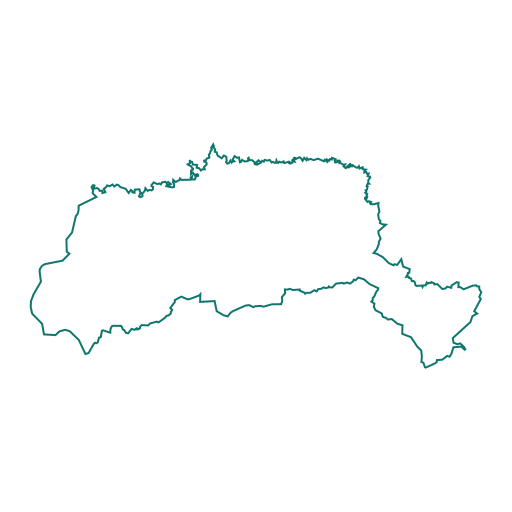 outline of Amatepec, México, Mexico
{"feature_id": "50627088B36685248092481", "entity_name": "Amatepec", "entity_type": "district", "adm_level": 2, "iso_a3": "MEX", "parent_name": "Mexico", "parent_adm1": "México", "projection": "orthographic", "projection_center": [-100.221, 18.699], "detail": "fine", "context": "isolated", "style": "outline", "palette": "teal", "viewbox_px": 512, "rotation_deg": 0, "n_neighbors": 0, "source": "geoboundaries", "source_scale": "gbopen_adm2", "svg_char_len": 6085}
<svg xmlns="http://www.w3.org/2000/svg" viewBox="0 0 512 512"><path d="M357.6,167.7L355.8,167.4L352.8,165.2L352.1,166.2L350.2,163.9L347.8,165.9L350.2,165.9L350.3,166.5L348.7,167.4L347.9,166.8L345.8,168.2L343.6,166.4L345.1,164.4L343.1,164.6L340.0,162.7L339.3,163.0L339.1,161.9L340.0,161.2L339.4,160.6L337.4,160.6L337.1,162.1L335.3,162.5L334.9,162.1L335.6,161.2L334.7,160.3L335.5,159.2L332.0,157.8L331.8,159.5L330.0,159.0L329.4,160.6L326.7,159.4L326.5,160.6L328.0,161.0L327.4,162.0L324.7,159.8L324.0,161.3L318.0,158.7L313.6,160.1L310.5,158.9L308.2,159.8L307.1,158.3L306.4,160.1L304.2,157.8L302.6,160.8L301.0,158.2L299.5,157.3L295.0,159.4L295.1,157.9L294.3,157.7L293.1,159.4L294.4,161.5L292.3,160.8L292.5,162.5L290.4,163.6L289.2,163.1L289.7,162.1L289.1,161.6L284.7,163.0L283.9,162.8L283.6,161.4L281.3,162.5L279.2,161.7L278.3,163.0L277.2,162.4L276.4,160.5L275.9,162.8L274.4,162.8L273.1,161.8L271.6,162.5L269.8,159.9L267.6,160.6L264.6,159.9L263.8,161.7L262.1,160.8L260.9,162.6L258.5,160.3L255.7,162.8L255.9,163.5L258.9,163.7L257.2,164.7L254.7,164.1L254.4,162.1L252.1,160.2L249.4,160.1L248.6,157.8L248.0,158.3L248.4,160.6L247.8,161.1L244.7,161.5L242.1,159.9L240.9,162.0L239.9,162.3L239.0,157.4L237.0,157.8L234.6,156.1L232.6,159.6L234.3,161.3L232.6,161.5L231.6,162.6L230.4,160.5L228.8,163.3L227.2,163.6L226.1,162.1L226.7,161.0L226.3,156.8L223.9,155.5L221.7,158.3L217.6,155.6L216.6,152.3L214.7,151.7L215.2,149.4L213.5,147.5L213.9,146.3L213.2,144.4L211.1,147.9L211.9,149.7L210.5,151.0L210.0,153.4L208.9,154.6L209.3,157.7L206.7,158.6L205.8,160.4L204.1,160.6L204.3,161.7L205.5,161.6L206.7,163.3L206.5,164.6L203.9,167.2L204.7,169.3L202.3,169.3L200.9,170.5L199.1,168.2L196.6,167.7L197.1,165.0L192.8,164.5L192.1,161.9L190.4,161.4L189.6,160.0L190.1,163.0L188.2,164.4L186.7,164.0L191.4,166.4L191.9,167.9L193.0,168.5L193.0,169.6L191.0,170.6L191.0,174.1L192.8,172.5L195.0,175.5L195.2,174.7L197.4,174.2L198.1,174.7L198.0,176.0L195.4,176.4L195.5,178.4L194.6,179.5L191.6,179.4L192.0,176.4L190.6,177.5L191.2,179.1L190.7,179.7L181.5,179.9L180.0,178.5L179.4,180.1L175.7,182.0L173.2,179.9L173.0,182.2L174.2,184.0L174.0,187.0L172.2,187.4L166.3,186.2L166.9,184.6L169.8,184.8L170.9,184.1L168.2,182.0L166.6,182.9L165.2,181.8L162.0,182.4L160.9,184.4L159.4,183.5L157.3,184.1L153.7,182.4L151.5,185.1L151.6,186.3L153.1,187.0L152.8,189.5L151.6,190.4L149.6,189.9L147.7,190.9L145.4,188.2L144.8,190.8L142.3,193.7L142.5,196.1L140.5,197.2L139.0,196.4L140.1,193.7L141.5,193.2L140.1,191.9L139.4,189.3L134.8,189.6L134.5,192.8L132.4,192.3L132.3,191.0L130.9,189.9L128.7,193.0L125.7,188.8L120.4,187.1L118.4,185.1L116.8,184.6L114.2,186.5L112.5,184.5L109.7,186.2L107.1,185.4L106.2,187.1L103.9,188.7L105.3,192.2L102.4,193.0L102.3,190.6L99.7,190.9L98.6,189.0L96.9,188.0L93.5,188.9L94.5,185.5L93.1,185.1L91.6,187.1L93.1,190.6L92.6,193.1L96.4,197.0L78.7,205.7L78.5,210.6L77.7,213.7L75.8,216.3L72.0,232.6L66.4,239.5L66.8,251.7L69.4,253.7L62.5,260.7L45.0,264.1L42.1,265.8L40.0,268.8L39.6,271.2L40.9,281.7L33.7,294.0L31.0,301.1L30.7,307.1L32.2,313.7L42.1,323.8L44.0,334.4L55.5,335.1L59.5,331.3L65.3,329.8L69.8,331.3L78.8,339.9L85.4,354.0L88.6,353.0L93.8,343.8L95.0,342.7L96.1,343.3L97.7,342.5L99.0,337.7L100.8,337.1L101.9,330.8L103.0,330.3L110.3,332.7L110.4,329.4L111.7,326.4L113.1,325.8L121.2,325.9L123.1,329.7L124.2,330.1L126.0,332.9L128.2,333.3L131.6,328.9L134.5,329.8L136.7,328.2L137.4,328.7L137.0,329.3L138.4,329.3L140.0,328.2L139.8,327.2L141.6,325.1L148.3,325.4L150.0,323.5L156.8,321.6L158.5,322.4L165.1,317.7L166.5,315.8L168.3,315.5L170.8,313.6L170.9,311.9L172.2,309.9L170.3,307.9L174.8,302.1L174.8,300.1L181.3,296.6L187.5,299.3L189.6,299.1L199.4,295.4L200.3,294.3L200.1,301.9L214.6,301.1L216.7,311.2L223.5,315.2L227.7,316.4L230.6,312.7L233.0,311.1L245.5,305.6L249.1,305.1L253.5,307.2L254.9,306.3L260.7,305.9L263.4,306.7L272.0,304.3L281.1,304.2L282.2,301.1L281.9,297.1L285.1,293.3L284.9,289.4L287.9,289.6L289.5,288.8L293.0,290.0L299.7,289.5L299.6,290.6L304.3,292.6L305.1,293.7L306.4,292.8L310.2,292.8L314.4,290.2L316.7,291.4L318.2,289.1L321.0,288.9L323.4,287.4L325.5,288.1L328.3,287.5L328.8,286.5L330.1,287.4L332.4,287.4L336.0,283.6L342.7,282.9L343.8,283.6L347.1,282.5L350.0,283.6L353.3,281.2L353.7,279.7L355.6,280.2L358.2,277.6L364.0,279.3L369.6,284.1L378.2,288.2L378.2,289.4L376.2,292.0L374.1,296.8L372.8,297.8L372.7,300.1L371.4,301.7L374.4,303.5L373.8,306.8L375.6,310.3L381.7,313.4L382.8,316.9L385.8,317.8L387.8,319.5L391.8,319.1L397.3,323.7L402.5,325.3L402.2,333.8L411.0,337.2L417.2,346.5L421.2,350.6L421.9,356.6L421.4,362.0L423.4,362.7L424.9,367.2L425.6,367.6L434.4,363.7L436.7,362.2L436.9,360.1L442.3,359.7L447.2,355.9L449.7,356.7L451.5,353.5L453.4,347.3L461.4,346.6L464.6,349.7L465.3,349.3L464.0,347.0L460.2,343.4L457.5,344.2L453.6,342.8L452.8,338.1L470.4,322.1L472.4,316.2L477.2,313.6L474.2,311.2L480.8,299.1L479.3,296.9L481.3,292.2L479.3,289.2L479.2,286.5L477.0,286.3L476.1,285.3L472.6,285.7L463.6,289.3L460.3,287.2L458.4,287.1L458.7,282.6L456.7,282.2L451.6,285.4L451.3,287.8L447.1,286.7L445.6,288.4L442.3,289.0L437.3,284.1L434.4,284.4L434.2,283.4L431.4,282.1L430.7,283.0L428.9,282.8L427.8,283.6L426.7,282.5L425.6,285.4L423.3,285.4L422.5,287.0L421.9,285.6L416.5,285.9L415.5,285.2L414.8,282.2L413.6,281.0L411.9,281.1L410.9,278.4L409.2,278.1L408.8,276.8L406.2,276.9L407.9,274.2L407.9,273.0L409.3,272.7L409.7,269.1L403.1,266.6L401.3,259.2L397.2,264.9L394.4,264.2L393.5,265.3L388.8,263.1L382.9,257.2L376.8,253.8L373.6,253.0L376.8,249.3L378.8,244.1L378.8,241.9L380.6,238.7L378.5,233.7L378.4,231.2L385.9,224.7L382.3,224.3L379.8,222.9L380.5,221.0L378.9,219.2L378.1,214.5L379.4,211.5L378.2,205.7L378.5,203.0L373.8,204.3L370.6,204.1L370.1,203.2L371.1,202.1L369.0,201.2L367.6,202.0L365.0,198.9L365.2,198.2L367.5,198.5L365.7,197.3L367.2,196.5L366.5,195.0L367.2,194.0L365.3,192.7L366.3,191.9L365.6,190.3L367.0,189.7L367.4,187.2L366.9,186.7L367.6,186.3L366.9,185.3L367.6,183.9L369.1,183.7L368.2,182.9L368.3,180.1L370.3,177.5L369.9,176.7L367.7,176.2L368.6,173.6L367.2,174.0L366.2,171.9L364.3,172.5L364.5,170.6L365.7,169.6L362.7,169.2L362.6,167.3L359.6,168.5L358.9,166.2L357.6,167.7Z" fill="none" stroke="#0f766e" stroke-width="2"/></svg>